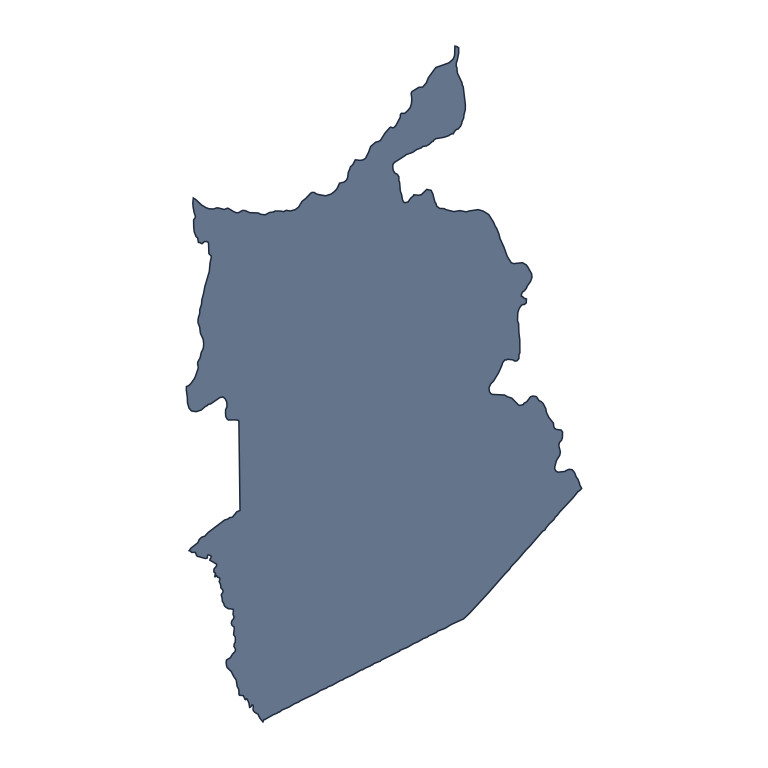 Los Amates, Izabal, Guatemala
{"feature_id": "79465075B97671971478727", "entity_name": "Los Amates", "entity_type": "district", "adm_level": 2, "iso_a3": "GTM", "parent_name": "Guatemala", "parent_adm1": "Izabal", "projection": "equal_earth", "projection_center": [-89.106, 15.292], "detail": "fine", "context": "isolated", "style": "filled", "palette": "slate", "viewbox_px": 768, "rotation_deg": 0, "n_neighbors": 0, "source": "geoboundaries", "source_scale": "gbopen_adm2", "svg_char_len": 6107}
<svg xmlns="http://www.w3.org/2000/svg" viewBox="0 0 768 768"><path d="M186.4,386.5L186.3,390.1L187.3,397.3L187.5,403.0L189.0,408.1L191.5,411.0L196.2,411.7L201.3,410.0L205.3,406.5L207.6,405.4L208.0,404.4L210.5,404.0L220.0,397.5L223.1,397.0L225.1,398.7L226.8,402.1L227.0,406.6L225.6,409.7L225.5,412.6L225.7,416.3L226.9,418.7L228.3,420.0L235.6,419.9L238.1,420.3L238.9,421.2L240.0,510.5L236.9,511.7L232.4,517.2L229.7,517.6L227.7,519.1L224.6,520.0L208.1,532.5L204.8,536.2L202.3,536.9L200.8,537.9L199.1,539.7L197.9,542.7L191.1,548.0L189.1,550.7L190.4,551.1L191.6,552.4L195.4,552.4L196.6,555.6L197.4,556.3L205.3,558.5L206.9,558.3L207.3,557.8L207.6,555.2L208.9,555.0L210.6,555.7L211.1,556.2L211.2,557.4L210.0,559.1L209.8,560.2L216.5,564.1L216.7,565.1L216.4,566.1L214.0,569.0L213.8,571.6L214.1,572.3L215.5,573.2L214.7,576.6L215.5,576.7L216.6,575.6L217.6,577.2L219.1,577.6L219.9,578.6L219.2,581.6L220.5,584.3L220.9,587.9L222.9,590.1L223.0,591.0L222.8,592.3L221.2,594.9L222.1,598.1L222.4,601.5L223.6,603.2L224.4,605.8L225.6,607.0L228.2,608.7L232.4,609.1L233.2,609.4L233.4,610.2L233.0,614.4L234.0,616.8L234.0,617.7L233.5,618.8L232.1,620.4L231.5,621.9L231.3,623.2L231.9,625.2L234.1,627.1L234.3,628.2L233.6,634.0L233.7,634.9L235.2,636.8L235.4,639.6L235.1,642.5L234.2,644.0L233.9,646.3L235.5,649.2L235.3,650.8L234.9,651.6L232.5,654.1L230.3,657.7L226.5,660.0L226.1,662.3L226.5,665.6L227.2,667.6L231.2,671.5L233.6,676.3L236.2,680.0L237.2,686.5L238.8,689.5L239.0,694.5L239.5,695.3L243.3,695.6L245.0,699.3L245.7,699.7L246.3,698.8L247.2,699.1L248.9,703.0L249.6,707.4L250.8,706.9L252.1,704.8L253.0,705.2L253.3,706.6L253.0,709.7L253.5,710.9L254.9,712.4L258.0,714.2L259.6,717.8L262.9,721.9L264.0,719.5L264.9,719.5L273.1,714.8L277.5,713.0L278.5,712.0L279.4,712.1L282.2,709.9L289.0,707.1L294.5,703.7L298.4,702.2L300.5,700.7L316.6,693.0L320.4,690.5L326.6,688.0L327.9,686.9L332.0,685.4L339.9,680.8L343.1,679.7L344.4,678.6L352.8,674.8L361.1,670.0L362.6,669.8L365.4,668.0L370.7,665.8L371.4,664.9L372.6,664.9L373.5,663.7L380.4,661.1L381.3,660.1L399.8,651.0L399.9,650.3L407.5,647.3L413.8,643.5L418.0,641.8L423.4,638.5L427.2,637.2L428.7,635.9L436.3,632.5L437.7,631.1L445.2,628.3L451.2,624.5L463.6,618.9L469.7,613.1L489.0,592.2L504.5,574.4L509.7,569.0L511.0,566.7L518.1,559.3L525.9,550.1L529.9,546.1L542.6,531.3L545.0,529.9L546.2,527.6L549.4,523.8L553.9,519.6L555.2,517.2L557.4,515.2L559.7,512.0L572.8,498.1L577.8,491.8L579.6,490.6L581.7,488.4L579.7,484.7L579.6,483.6L577.8,479.0L576.4,477.3L574.5,472.5L572.2,469.7L569.1,469.3L565.9,470.6L565.2,471.4L558.0,472.2L556.0,471.1L554.8,469.2L554.8,466.8L556.5,460.5L559.7,455.4L560.4,451.9L558.8,445.7L559.4,442.6L561.5,440.3L562.4,437.8L562.6,432.1L561.1,430.0L556.3,429.4L554.7,428.4L553.8,426.7L553.4,423.1L548.8,417.3L546.5,412.5L545.8,408.6L543.1,403.4L540.9,401.4L539.0,400.6L536.8,397.2L535.8,396.5L532.9,396.0L530.5,396.8L526.7,401.8L524.0,403.2L523.4,404.5L519.7,405.5L518.0,404.5L511.8,398.1L507.6,396.8L504.5,395.0L492.3,394.4L490.8,393.5L489.5,391.8L489.0,387.8L490.8,383.8L493.5,381.1L498.5,373.0L501.8,365.6L502.6,362.7L504.9,359.9L506.4,360.0L507.3,359.3L512.6,359.8L514.9,361.1L517.0,360.8L518.9,358.6L519.0,354.5L519.9,352.9L519.8,339.8L518.9,332.6L518.6,323.6L517.5,320.8L517.8,312.7L519.1,308.7L520.5,306.5L522.2,304.7L524.4,304.5L526.2,303.0L526.5,299.0L523.6,297.9L522.7,296.7L521.5,296.3L521.4,294.3L522.4,292.2L524.5,290.7L526.8,287.6L526.9,286.6L530.5,281.5L532.0,277.3L531.6,273.7L527.8,267.0L526.3,264.9L522.4,262.7L513.7,263.6L511.3,262.8L507.3,256.5L504.0,247.3L500.1,238.7L498.8,233.6L496.6,228.2L495.3,226.4L493.4,221.9L488.7,214.5L483.0,211.0L478.2,209.6L468.8,211.0L466.5,211.9L460.0,210.6L453.8,211.6L446.4,209.8L444.1,208.6L439.7,208.4L436.8,206.3L435.9,203.3L434.9,201.9L432.8,193.8L431.1,190.3L426.8,189.4L421.3,194.7L418.6,195.2L413.7,194.8L413.4,195.9L410.6,198.2L408.1,201.9L405.1,202.7L403.7,202.1L402.6,200.1L401.6,194.6L400.3,191.0L399.6,182.1L398.9,180.8L398.9,176.8L397.3,174.3L394.9,173.1L393.3,170.5L392.8,167.9L392.9,164.5L394.4,162.5L405.3,155.5L406.0,154.7L412.6,152.4L416.6,149.6L421.4,147.8L422.6,146.5L426.3,146.0L429.4,144.2L432.0,141.7L433.2,141.3L433.9,140.1L435.7,138.7L444.1,137.3L448.9,135.6L451.0,134.0L453.2,133.9L454.9,131.0L456.6,129.3L458.2,129.0L460.7,126.0L461.7,123.6L461.9,122.0L463.6,118.3L464.0,114.7L465.3,109.7L465.4,104.8L463.2,86.6L462.4,85.4L462.0,82.8L457.4,73.0L456.9,67.7L456.2,66.0L456.3,62.8L457.2,60.6L458.7,53.1L458.7,47.8L456.7,46.5L454.9,46.1L454.6,55.2L453.7,57.9L452.8,59.4L448.8,62.9L435.8,67.5L428.4,77.6L426.3,82.9L423.1,86.6L422.6,87.1L418.9,87.3L412.0,91.5L411.1,93.4L411.8,98.5L411.5,103.4L410.3,107.3L408.3,110.0L405.3,112.9L404.5,113.3L401.4,113.3L400.8,113.9L400.3,114.9L400.3,117.1L396.2,124.9L394.6,127.0L393.1,127.9L390.6,127.1L389.6,127.8L385.0,133.1L380.4,140.4L378.7,141.4L375.6,142.2L370.6,146.5L368.6,152.2L365.6,158.1L364.8,158.9L362.8,159.9L360.2,160.4L355.3,159.8L352.7,164.8L350.5,166.7L349.7,169.2L348.3,172.3L347.6,177.7L346.5,180.0L344.3,182.0L339.5,183.2L337.0,188.7L334.6,191.4L331.2,194.0L325.7,195.8L318.8,194.6L316.4,193.9L314.1,192.4L311.9,192.4L310.6,193.3L305.8,198.4L302.0,201.4L298.7,207.0L295.3,209.6L290.4,211.0L286.3,210.3L283.8,211.6L279.9,211.0L275.1,211.0L273.7,211.9L269.5,212.5L265.2,214.8L260.7,214.3L258.4,213.0L249.5,212.6L245.3,210.6L242.5,210.4L238.6,212.6L236.5,212.8L233.5,211.5L228.2,208.3L227.3,208.2L224.3,209.5L218.2,207.9L216.5,207.9L213.6,209.0L209.1,208.8L205.9,207.6L201.3,204.8L195.9,199.6L193.3,198.0L192.8,203.1L193.1,207.0L194.1,212.4L195.4,216.4L195.2,217.8L193.8,219.5L193.6,220.7L193.7,226.6L194.2,231.8L196.1,236.7L197.6,237.9L198.4,242.4L200.1,242.7L201.4,243.6L202.3,243.6L204.2,241.7L206.4,241.5L207.8,242.0L208.5,243.1L208.9,253.7L211.1,255.9L211.3,257.2L210.0,263.1L209.3,271.4L204.8,286.7L203.6,293.2L201.8,300.1L201.5,304.3L199.8,309.5L199.7,313.5L198.5,317.1L198.0,319.9L198.0,322.7L199.7,327.3L200.4,333.2L203.2,339.4L203.7,343.7L203.4,347.5L202.8,349.5L201.3,352.3L200.1,357.8L197.8,362.0L197.6,363.7L198.3,367.9L195.3,376.7L194.0,379.2L190.6,383.9L188.4,385.8L186.4,386.5Z" fill="#64748b" stroke="#1e293b" stroke-width="1.5"/></svg>